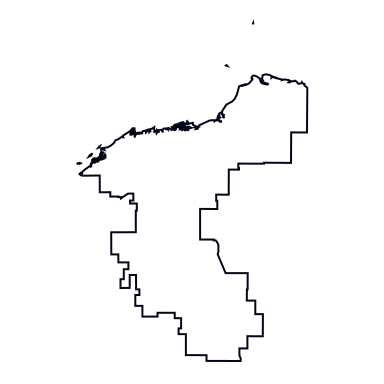 Port Hedland, Western Australia, Australia (orthographic projection)
{"feature_id": "25037944B61185375235969", "entity_name": "Port Hedland", "entity_type": "district", "adm_level": 2, "iso_a3": "AUS", "parent_name": "Australia", "parent_adm1": "Western Australia", "projection": "orthographic", "projection_center": [118.535, -20.793], "detail": "fine", "context": "isolated", "style": "outline", "palette": "ink", "viewbox_px": 384, "rotation_deg": 0, "n_neighbors": 0, "source": "geoboundaries", "source_scale": "gbopen_adm2", "svg_char_len": 6002}
<svg xmlns="http://www.w3.org/2000/svg" viewBox="0 0 384 384"><path d="M185.9,355.1L206.5,355.2L206.5,360.9L240.6,361.0L240.7,358.5L239.4,355.5L239.4,348.4L247.4,348.4L247.4,336.2L262.8,336.3L262.9,314.1L255.3,314.1L255.3,300.6L246.8,300.6L246.9,289.4L247.6,289.4L247.7,273.1L225.6,273.1L217.7,254.3L218.4,251.7L218.4,245.4L217.5,242.8L215.6,240.3L213.7,240.3L213.7,239.5L200.1,239.5L200.1,208.9L217.3,209.0L217.3,200.8L216.2,200.9L216.2,194.6L228.7,194.7L228.8,169.6L239.0,169.6L239.0,168.2L238.3,168.3L238.3,163.6L264.0,163.7L264.0,162.7L291.0,162.9L291.2,132.4L307.0,132.5L307.3,87.9L304.2,85.0L304.5,84.0L302.4,83.2L301.9,82.2L301.3,83.3L298.3,83.8L296.5,81.6L294.6,80.6L293.5,81.3L290.7,81.2L290.2,82.1L289.3,81.9L288.9,82.5L288.5,82.4L289.3,81.7L289.9,81.8L290.2,80.9L289.1,80.2L284.5,79.4L282.2,80.0L282.4,79.6L275.9,78.1L276.2,77.8L272.0,76.3L271.8,77.3L272.3,76.8L272.7,77.2L271.6,77.3L271.4,75.9L268.8,74.7L265.4,74.4L262.6,75.2L262.1,79.7L263.2,80.5L263.2,81.1L262.2,80.1L262.7,82.3L267.7,83.7L268.0,84.2L267.3,84.6L262.2,83.4L260.9,81.8L261.2,82.9L259.4,78.2L255.7,75.9L253.2,75.5L251.7,77.1L251.6,78.4L252.4,78.7L252.4,79.6L249.0,83.4L247.1,84.4L245.7,84.3L245.6,85.0L243.0,85.6L243.5,84.9L239.2,86.2L236.9,94.5L234.7,98.9L232.3,101.4L226.4,104.6L222.6,110.4L221.7,112.7L222.0,112.1L222.3,114.2L224.0,115.0L223.1,116.6L224.6,117.6L223.4,117.5L222.9,116.6L223.5,115.0L222.0,114.5L220.5,112.7L219.3,113.4L218.4,115.4L219.0,115.8L218.0,116.1L217.6,117.3L219.1,118.2L219.6,117.7L219.9,117.8L219.1,118.3L218.0,117.8L217.4,119.2L219.3,120.3L220.2,121.6L221.6,120.6L220.9,121.8L219.8,121.6L219.1,120.6L216.7,119.7L216.5,121.4L216.4,120.0L214.5,120.4L214.8,120.9L214.5,121.4L213.5,120.1L209.6,120.5L199.3,125.2L197.6,126.8L198.5,126.4L199.0,126.8L197.8,127.3L197.8,128.7L196.1,129.0L197.3,127.6L194.7,127.4L196.3,126.6L193.0,124.8L192.8,122.8L187.3,124.2L186.7,123.6L187.0,121.5L187.6,121.7L187.2,121.2L186.9,121.7L186.2,123.4L186.3,124.2L184.7,124.2L184.1,124.5L184.0,125.3L186.4,127.2L188.4,126.5L191.4,127.8L190.6,128.1L189.6,127.1L188.6,127.5L189.8,129.0L188.2,127.4L185.9,128.0L187.9,129.9L189.2,129.7L187.9,130.2L187.1,129.3L187.0,130.6L186.6,129.3L184.9,128.2L185.3,130.1L184.7,131.1L185.0,130.0L184.4,128.3L184.4,129.1L183.7,129.4L184.2,126.9L183.3,128.5L182.7,128.0L182.4,129.1L181.8,130.0L181.2,129.5L181.4,128.6L182.3,128.8L181.8,127.8L182.7,127.2L182.1,125.4L183.1,126.6L183.5,126.2L183.0,125.6L183.6,125.8L182.7,124.5L183.4,123.2L184.1,123.3L183.4,122.2L182.5,122.2L177.8,123.8L180.6,123.7L181.9,124.9L180.7,124.5L180.5,125.9L179.7,126.1L180.6,127.9L180.1,128.4L180.3,127.4L178.8,127.4L179.2,126.4L178.4,126.4L179.6,125.7L179.2,124.7L175.2,126.9L176.7,127.3L175.3,128.6L175.8,129.5L175.2,129.9L175.0,128.7L175.8,127.3L173.2,127.8L172.6,127.3L173.7,127.0L172.8,126.7L171.7,127.1L172.5,128.6L173.9,129.1L173.8,129.6L173.0,130.2L173.5,129.1L171.4,130.0L168.6,127.9L167.7,128.2L167.9,129.6L167.1,128.9L165.0,129.3L166.4,129.0L166.5,128.4L163.5,128.6L162.5,129.9L162.8,131.6L161.8,132.0L162.5,131.2L161.4,129.8L158.5,130.2L158.2,131.0L158.8,131.7L158.6,132.8L158.5,131.6L157.2,130.2L157.3,132.3L156.5,133.4L155.9,131.3L154.3,131.9L154.0,131.4L155.2,130.8L154.0,129.0L154.2,127.2L151.8,128.8L146.7,129.9L150.2,130.7L150.3,130.8L150.6,132.2L150.1,130.9L149.3,132.0L149.2,130.9L147.9,130.3L146.0,132.5L145.7,130.5L142.6,131.3L141.9,132.8L142.6,133.9L140.9,132.8L140.5,133.5L139.8,133.6L140.3,133.1L139.4,132.6L137.1,133.0L138.3,132.9L136.9,133.3L135.1,135.6L134.6,137.6L134.9,135.0L135.8,133.8L130.5,134.7L130.4,133.5L131.1,132.7L133.0,132.2L134.1,133.1L134.8,132.8L132.5,131.2L134.7,132.0L135.1,132.7L134.8,131.6L133.0,130.9L133.4,130.8L132.9,129.6L131.9,130.8L132.7,130.9L131.4,131.3L131.5,130.2L133.1,129.5L133.8,130.9L135.1,131.5L134.5,130.1L134.6,128.4L132.7,128.2L130.0,131.2L123.3,135.4L122.9,136.3L123.3,137.2L122.4,137.1L122.4,136.4L118.1,139.3L115.5,140.2L114.0,142.9L111.2,145.3L107.9,147.2L102.7,148.2L103.6,148.3L103.4,149.1L104.1,149.3L104.4,149.9L103.1,149.5L102.1,148.0L101.2,148.3L101.4,152.7L100.8,152.7L100.0,154.9L101.5,155.4L102.3,152.6L103.9,152.1L102.6,152.8L102.8,153.4L102.2,153.9L103.6,153.5L102.2,154.3L101.4,156.3L102.8,156.6L103.7,157.7L104.4,157.0L104.0,155.9L105.2,155.5L105.0,155.0L105.1,154.6L105.5,155.5L104.3,156.3L104.6,156.8L104.2,157.7L105.4,156.9L105.7,158.2L105.1,157.3L104.9,157.9L103.6,158.0L103.7,159.8L103.4,157.8L101.8,157.6L102.2,157.9L102.3,158.4L101.9,158.2L101.7,159.2L101.2,159.4L101.5,159.6L101.3,160.5L101.2,159.6L100.4,159.3L101.6,159.1L101.3,157.7L100.2,157.6L100.4,157.1L99.7,156.8L98.5,157.2L97.5,158.9L98.5,159.1L99.1,159.7L98.3,159.4L97.8,159.9L99.8,161.0L98.5,160.5L97.5,161.9L97.0,161.7L97.9,160.6L95.9,159.8L96.6,159.5L96.3,158.7L94.6,159.3L95.2,158.4L93.5,158.4L92.2,159.7L92.1,161.2L93.1,161.7L93.0,162.5L93.9,161.5L94.7,161.4L93.9,162.1L94.5,162.1L95.6,163.1L94.4,162.3L94.0,162.6L91.6,162.6L90.6,164.8L91.3,166.2L90.7,166.7L89.9,166.0L84.7,169.7L82.3,171.9L82.1,173.0L80.6,172.8L79.5,174.1L80.9,175.2L81.9,174.9L82.3,175.7L99.7,175.5L99.8,192.3L110.3,192.2L110.3,196.6L118.4,196.5L118.4,197.1L121.0,197.1L121.0,198.3L128.0,193.6L133.3,193.6L133.4,200.5L130.0,200.5L130.1,203.5L136.8,203.5L136.8,210.7L135.8,210.7L135.8,232.2L111.2,232.3L111.3,254.4L118.3,254.4L118.4,262.4L128.4,262.4L128.4,269.2L123.8,269.2L123.8,279.2L120.5,279.2L120.5,288.0L129.7,287.9L129.7,275.0L136.0,275.0L136.1,289.4L139.4,289.4L139.4,295.0L135.3,295.0L135.3,305.9L142.4,305.9L142.4,316.6L157.5,316.6L157.5,312.8L174.7,312.8L174.7,318.2L181.1,318.2L181.1,328.4L178.6,328.4L178.6,334.1L185.9,334.1L185.9,355.1ZM174.3,125.2L175.8,126.4L178.0,124.7L177.5,124.2L175.1,124.6L174.3,125.2ZM88.8,156.7L90.9,155.7L92.5,153.4L89.8,155.2L88.8,156.7ZM98.2,147.9L99.1,147.6L99.8,146.2L99.3,146.5L98.2,147.9ZM79.5,163.8L80.4,163.4L79.1,162.8L78.8,163.0L79.5,163.8ZM226.0,65.5L227.2,65.9L226.5,65.1L226.0,65.5ZM76.7,164.0L77.6,163.7L78.6,163.1L78.2,163.1L76.7,164.0ZM253.0,23.5L253.4,24.3L253.2,23.0L253.0,23.5Z" fill="none" stroke="#020617" stroke-width="2"/></svg>